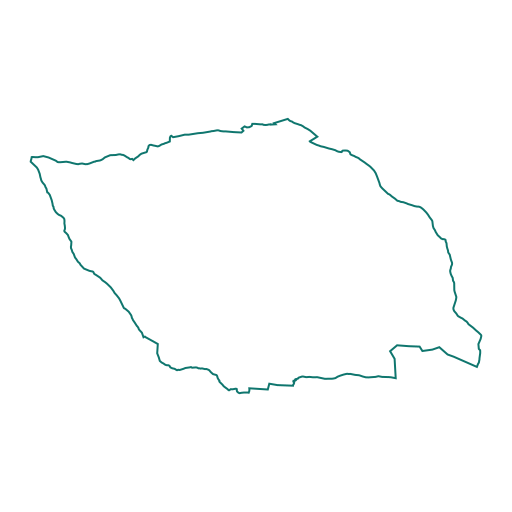 the district of Sinesti, Vâlcea, Romania
{"feature_id": "2599482B24446821580298", "entity_name": "Sinesti", "entity_type": "district", "adm_level": 2, "iso_a3": "ROU", "parent_name": "Romania", "parent_adm1": "Vâlcea", "projection": "natural_earth1", "projection_center": [23.825, 44.936], "detail": "fine", "context": "isolated", "style": "outline", "palette": "teal", "viewbox_px": 512, "rotation_deg": 0, "n_neighbors": 0, "source": "geoboundaries", "source_scale": "gbopen_adm2", "svg_char_len": 6033}
<svg xmlns="http://www.w3.org/2000/svg" viewBox="0 0 512 512"><path d="M476.9,366.9L478.0,364.0L478.8,362.7L479.0,362.0L479.2,360.6L479.4,359.9L479.5,358.2L480.2,353.1L480.2,351.0L480.1,350.2L478.9,349.0L478.8,348.7L478.4,344.1L480.6,339.0L481.2,336.6L481.3,335.8L481.2,335.3L480.9,334.8L478.3,332.3L476.0,330.4L473.1,327.7L468.5,324.2L467.5,322.6L466.5,321.5L464.9,320.5L462.5,318.5L460.8,317.7L458.2,316.2L457.7,315.7L456.3,313.5L454.3,311.2L453.9,310.5L453.4,309.0L453.4,307.8L455.8,300.4L456.1,298.8L456.3,297.6L456.3,296.8L454.6,291.6L454.3,290.2L454.2,283.1L453.8,281.9L453.2,281.0L453.0,280.5L452.7,277.9L451.6,275.9L450.9,274.3L450.6,273.4L450.2,271.6L450.2,270.3L450.8,268.5L451.0,266.9L452.0,264.6L452.1,263.4L452.0,262.6L451.2,260.5L450.8,259.3L449.7,254.6L448.7,253.2L448.2,252.3L448.0,250.5L447.3,248.4L446.8,246.4L446.5,243.3L446.2,242.5L445.7,241.6L445.6,240.1L445.4,239.8L444.8,239.4L443.4,239.1L442.5,239.1L441.0,238.4L440.1,237.4L437.7,235.2L435.6,231.8L435.0,230.3L433.5,228.0L432.9,225.9L432.4,221.6L432.2,220.8L431.5,219.7L429.7,217.4L428.0,214.7L426.3,212.5L423.3,209.4L421.2,207.7L419.7,206.9L418.4,206.6L417.1,206.6L414.5,206.1L412.0,205.2L407.9,204.0L406.7,203.4L403.3,202.2L400.9,201.9L398.7,201.0L397.4,200.8L394.9,198.6L391.9,196.5L390.1,194.9L389.2,194.3L388.1,193.9L382.4,188.5L381.3,187.3L380.4,186.2L379.8,184.5L379.4,182.9L377.0,176.4L375.7,173.2L374.0,170.5L370.4,166.8L368.9,165.6L366.5,163.9L364.7,162.5L359.9,159.3L358.7,158.2L357.5,157.6L355.7,156.9L354.2,156.0L352.3,155.3L350.7,154.5L350.4,154.2L349.8,152.3L348.1,151.0L347.5,150.7L345.6,150.5L342.9,150.6L342.3,150.9L341.8,151.9L341.6,152.0L341.3,152.1L338.5,151.7L336.9,151.1L335.3,150.2L332.0,149.2L328.9,148.5L323.7,146.9L321.2,146.4L319.9,146.0L319.3,145.7L316.7,144.9L311.0,142.2L310.0,141.6L309.8,141.3L317.3,136.7L310.3,130.7L307.6,129.0L304.6,127.5L303.2,126.4L301.1,125.2L299.6,124.8L298.0,124.2L294.5,123.1L292.8,122.2L292.1,121.6L290.2,121.0L289.2,120.3L287.8,118.9L274.2,123.1L275.4,124.3L270.6,124.6L270.5,124.3L269.9,124.4L268.7,124.5L267.0,124.9L265.2,125.0L263.4,124.8L262.8,124.5L262.6,124.3L259.9,124.3L255.3,123.9L252.3,123.9L251.8,125.6L251.6,126.0L249.3,127.2L246.9,127.4L244.6,126.4L241.7,128.6L243.4,130.8L241.5,132.5L233.7,132.1L225.7,131.4L223.5,131.4L220.9,131.1L219.7,130.8L218.7,130.4L217.2,130.3L213.6,131.0L211.4,131.2L210.5,131.5L202.9,132.8L198.0,133.2L188.5,134.7L184.6,134.7L178.5,136.2L173.1,137.2L171.3,135.8L170.6,136.2L170.4,136.5L169.9,137.8L169.8,141.5L166.6,142.8L165.1,143.2L163.9,143.8L161.5,144.5L159.6,145.7L158.8,146.1L157.7,146.4L155.1,145.8L153.5,145.5L151.0,144.8L149.7,145.0L149.0,145.5L148.5,146.2L148.3,147.7L147.4,149.6L146.9,151.7L146.3,152.2L145.7,152.4L144.9,152.6L141.4,153.7L139.8,154.8L138.2,156.4L135.2,158.4L133.4,160.1L132.2,158.9L130.6,159.2L129.8,159.0L128.3,157.8L127.5,157.5L124.4,155.5L123.0,154.9L122.2,154.9L120.1,154.3L118.5,154.4L115.8,155.0L110.2,155.2L104.9,157.4L102.7,159.2L101.2,160.0L99.9,160.5L96.1,161.1L94.9,161.7L94.1,161.7L89.5,163.5L87.4,164.1L85.4,164.2L82.1,163.5L79.6,163.8L78.2,164.2L76.4,164.0L72.1,163.0L70.1,162.4L66.3,161.7L60.6,162.2L58.6,162.2L57.5,162.0L56.3,161.0L55.4,160.5L48.6,157.5L43.3,156.1L37.9,157.2L35.5,157.2L32.5,157.0L31.7,157.1L31.4,158.9L30.9,160.4L30.7,161.7L36.8,167.5L38.1,169.6L39.7,173.8L40.4,177.2L40.9,178.8L41.2,180.1L41.6,181.0L42.6,182.6L44.5,184.8L45.0,185.6L45.4,186.9L46.4,188.6L47.3,192.4L47.9,192.6L48.5,193.2L49.4,194.4L49.8,195.0L51.7,200.2L52.5,203.6L52.8,205.7L53.5,206.8L53.7,208.4L54.2,209.5L55.8,212.1L57.4,213.7L58.0,214.2L59.0,214.9L61.1,215.8L63.5,217.8L64.3,219.1L64.5,220.9L64.4,223.5L64.8,225.7L65.0,228.0L64.9,229.1L64.3,230.8L64.4,231.3L64.7,231.8L66.2,233.1L67.9,235.0L68.8,237.4L69.5,239.0L71.3,241.5L71.4,242.0L71.3,243.3L71.2,245.1L70.9,246.9L71.1,248.5L71.6,249.4L72.4,252.0L73.7,253.9L74.9,257.2L75.3,257.9L76.2,259.0L77.9,261.7L79.7,263.3L80.5,264.8L84.0,268.6L89.3,270.8L90.9,271.2L92.6,271.5L93.1,271.8L93.4,272.1L94.0,273.4L94.4,274.0L96.1,275.0L100.0,277.6L100.8,278.4L102.4,280.3L105.3,282.3L107.0,283.7L110.8,287.4L113.4,290.9L114.6,293.0L116.6,295.2L119.1,298.4L120.4,300.8L123.8,307.9L124.2,308.3L125.3,308.8L128.7,311.7L131.0,315.0L131.5,316.1L131.9,317.9L132.5,318.9L133.0,320.1L134.6,322.4L136.9,326.0L137.3,326.3L138.3,327.7L138.7,328.9L139.3,329.9L141.9,332.7L143.5,337.2L144.1,336.8L144.9,336.6L145.7,337.3L146.0,337.4L157.8,344.0L157.2,353.3L158.8,357.4L159.8,360.9L161.6,362.5L163.5,363.5L165.3,364.8L166.6,365.2L168.6,365.3L169.2,365.7L169.6,366.0L170.3,367.3L171.0,367.7L172.3,368.3L174.6,368.8L176.7,370.1L177.1,370.2L178.1,369.8L178.6,369.8L179.1,370.0L180.0,369.9L183.5,368.8L185.4,368.0L189.6,367.4L191.0,367.1L192.1,367.7L196.0,367.4L197.3,367.7L198.4,368.3L199.6,368.3L200.5,368.6L202.0,368.4L205.0,369.1L206.3,369.0L207.8,369.5L209.2,370.2L210.9,372.2L213.0,374.1L216.3,375.0L216.7,375.3L217.2,376.2L217.6,377.8L218.5,379.5L219.4,380.6L219.3,381.3L219.6,381.9L222.7,384.9L222.9,385.3L223.9,386.4L224.8,387.1L227.4,389.0L228.4,390.0L229.0,390.3L229.3,390.2L230.7,389.2L232.6,389.3L235.7,388.7L236.3,388.8L236.8,389.1L236.8,390.6L237.1,391.5L238.3,392.6L239.3,393.1L240.0,393.1L241.4,392.8L244.3,392.5L247.5,392.5L248.7,392.7L249.3,391.0L249.4,389.4L249.3,388.3L267.8,389.5L269.3,383.7L277.4,385.1L293.0,385.7L293.1,384.9L293.7,384.1L294.2,382.8L293.8,382.1L294.1,381.5L293.4,381.4L293.5,380.8L295.4,380.6L295.6,380.4L295.2,380.2L295.1,379.6L295.3,379.3L296.1,379.0L297.1,378.9L297.8,378.7L298.1,378.4L298.1,378.2L298.8,377.6L302.2,376.5L302.9,376.5L305.9,377.1L307.1,377.1L309.5,376.9L313.1,377.3L317.3,377.2L324.8,378.8L332.2,378.7L333.6,378.5L335.4,378.1L337.6,376.7L340.1,375.7L343.5,374.6L346.4,373.9L347.3,373.8L348.8,374.0L350.3,373.9L355.2,374.9L358.6,375.2L359.6,375.4L362.7,376.5L365.8,377.3L368.5,377.4L375.5,376.9L378.4,376.2L382.1,376.9L389.0,377.1L391.1,377.3L395.7,378.2L394.6,358.8L390.1,351.2L397.1,345.3L408.9,346.2L419.6,346.6L422.4,351.0L432.4,349.6L439.3,347.2L447.6,354.5L453.7,356.7L476.9,366.9Z" fill="none" stroke="#0f766e" stroke-width="2"/></svg>